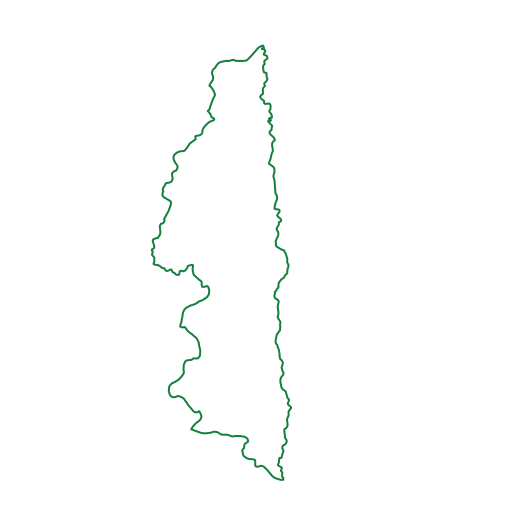 the district of Habero, Anseba, Eritrea, rotated 204°
{"feature_id": "51966322B17309874943213", "entity_name": "Habero", "entity_type": "district", "adm_level": 2, "iso_a3": "ERI", "parent_name": "Eritrea", "parent_adm1": "Anseba", "projection": "albers", "projection_center": [38.311, 16.295], "detail": "fine", "context": "isolated", "style": "outline", "palette": "green", "viewbox_px": 512, "rotation_deg": 204, "n_neighbors": 0, "source": "geoboundaries", "source_scale": "gbopen_adm2", "svg_char_len": 6073}
<svg xmlns="http://www.w3.org/2000/svg" viewBox="0 0 512 512"><g transform="rotate(204 256 256)"><path d="M337.4,206.9L334.7,207.5L332.9,206.1L331.5,205.9L329.8,207.3L328.6,208.9L327.9,209.2L325.5,207.3L323.3,207.3L321.8,206.5L320.5,206.6L319.5,207.1L318.8,207.6L318.7,208.5L319.4,210.7L319.1,211.6L318.6,212.0L316.3,212.4L315.3,213.3L314.6,214.4L314.1,216.6L314.0,219.4L311.2,221.7L310.0,222.0L309.5,221.5L308.9,218.9L307.7,216.6L305.1,213.4L298.6,211.3L295.8,210.7L295.1,210.1L293.5,206.9L292.5,206.0L290.3,207.0L288.8,208.4L288.2,208.7L287.0,208.3L284.9,205.9L283.5,202.0L283.9,198.7L286.9,193.9L290.1,190.8L290.2,190.1L292.1,187.3L295.8,184.0L298.0,181.1L298.4,180.9L299.6,178.0L299.7,176.0L299.6,174.1L298.3,169.6L297.9,167.4L297.4,166.4L297.0,162.0L296.6,160.8L294.6,160.6L292.4,162.0L291.8,162.0L290.2,161.2L289.0,160.2L286.3,159.2L282.1,158.4L279.5,157.4L277.4,157.0L276.5,156.4L273.2,153.8L271.0,150.2L269.3,148.3L268.2,146.4L266.7,142.2L266.7,141.1L267.5,138.9L269.3,137.8L271.4,137.2L272.7,134.9L276.6,132.6L277.7,131.0L277.7,127.2L276.2,123.2L274.4,120.1L274.4,118.7L275.0,115.5L276.4,111.6L278.6,108.2L281.1,105.4L282.1,102.2L282.0,100.8L280.7,97.0L278.1,94.0L276.2,93.1L274.5,93.2L272.5,94.2L270.4,96.4L266.8,96.8L263.7,96.3L261.9,95.0L260.4,94.3L257.2,92.2L249.6,88.6L247.1,88.7L245.6,89.8L245.2,90.9L244.6,90.9L243.4,90.2L241.0,87.9L240.5,87.0L240.2,85.1L240.7,82.6L242.7,79.2L243.5,77.0L244.2,74.8L244.7,71.5L244.5,71.3L233.8,72.1L230.3,73.3L228.2,74.5L225.3,76.3L222.7,78.6L219.5,79.4L215.6,78.8L214.6,78.9L209.1,81.2L205.1,81.3L202.9,82.2L201.3,83.4L196.7,85.2L193.1,86.2L191.9,86.2L189.5,85.6L187.9,83.7L188.0,82.5L189.4,80.7L189.9,79.2L188.8,75.7L189.3,74.6L189.4,72.6L186.7,68.9L185.6,68.2L182.8,67.6L180.1,67.6L176.9,68.8L174.2,69.3L173.8,69.1L173.0,67.7L171.6,64.5L170.4,63.7L169.0,64.0L165.9,66.5L163.5,66.8L158.0,64.8L152.2,61.8L149.6,61.1L146.8,61.0L142.1,61.6L140.1,62.8L140.8,64.3L142.0,64.9L143.1,66.3L143.4,67.7L144.1,69.1L145.4,69.5L145.9,70.1L146.1,72.9L147.6,73.5L150.3,73.6L151.0,74.1L151.2,76.8L152.4,80.7L152.3,81.1L151.0,81.7L150.7,82.1L151.4,86.3L151.5,88.5L152.0,89.7L153.9,91.2L154.3,92.3L154.2,93.9L153.2,95.0L152.4,96.7L152.5,99.2L153.5,100.4L155.3,101.5L159.4,108.4L159.5,109.8L158.8,110.5L158.3,111.6L158.1,113.0L158.5,114.8L160.8,118.5L161.4,120.2L161.3,123.5L162.8,126.6L162.9,127.9L162.1,131.2L162.2,131.7L162.5,132.1L166.5,133.5L167.1,134.8L167.0,137.0L167.4,138.1L168.0,138.6L169.3,139.0L173.6,144.1L174.7,144.6L177.1,145.0L178.9,146.0L179.8,146.9L180.7,148.6L182.4,150.5L183.5,153.2L183.7,155.3L182.8,159.1L183.6,160.7L184.9,161.7L187.3,164.6L187.6,167.9L188.1,169.6L189.6,170.9L192.4,172.1L194.2,174.9L194.5,176.0L196.9,179.4L198.5,181.2L199.4,181.8L200.2,183.3L202.0,184.1L203.2,185.4L204.0,187.8L205.0,192.7L203.9,198.1L205.2,201.6L206.1,202.9L206.6,205.3L207.8,206.4L211.2,208.6L212.1,212.6L213.0,214.4L215.2,217.8L216.0,219.8L216.5,223.0L217.1,224.1L218.3,224.8L221.5,225.3L223.1,227.1L223.4,229.4L224.1,231.0L223.5,232.4L223.5,234.1L222.7,236.2L223.1,236.6L223.3,237.8L224.3,240.5L223.5,244.5L221.7,247.7L221.6,250.1L220.5,252.8L221.9,257.0L222.0,259.0L222.6,260.9L225.0,263.0L226.3,266.2L230.1,270.5L231.8,271.6L232.3,272.2L232.7,272.5L235.5,272.3L240.4,272.9L241.5,273.2L242.2,274.0L244.1,277.8L244.2,281.3L243.9,282.6L244.1,284.1L245.5,287.0L247.3,288.0L248.3,289.4L247.9,294.0L248.6,295.5L248.7,296.4L247.3,297.9L247.3,298.5L248.9,300.1L252.0,300.9L253.1,301.5L253.2,303.3L252.5,305.6L253.0,307.2L254.1,307.7L257.4,306.7L258.2,306.7L258.5,307.0L259.7,311.6L259.9,316.8L261.4,319.6L263.7,321.2L269.6,332.2L272.3,335.5L273.0,337.5L273.1,339.9L275.0,343.6L276.7,344.6L281.6,345.6L282.1,347.0L282.2,350.5L283.3,355.6L283.3,358.6L283.6,359.5L286.5,363.9L287.1,365.7L287.0,367.1L286.1,368.9L286.0,369.7L286.7,370.5L288.2,371.6L292.4,373.0L293.8,374.1L294.0,375.6L293.1,377.5L293.9,379.8L293.9,381.2L294.6,381.7L298.4,383.2L299.7,384.1L299.7,384.7L298.0,385.1L297.6,385.6L297.6,386.0L298.0,386.4L299.6,386.5L299.9,386.9L299.3,387.9L297.9,388.6L297.9,389.4L299.5,391.7L302.1,393.1L302.8,393.8L302.6,396.2L303.9,399.5L305.2,400.5L306.1,400.6L309.4,398.7L310.3,398.7L310.9,399.1L311.9,401.1L314.9,401.7L317.0,403.1L316.9,404.6L315.7,406.9L315.8,407.6L317.2,410.0L317.7,411.9L317.5,413.6L316.9,414.9L318.4,416.5L318.7,417.2L317.5,420.2L317.6,422.4L319.8,424.9L320.4,426.7L320.9,427.4L321.6,427.5L322.7,427.0L323.4,427.1L324.6,428.3L326.9,432.5L326.3,434.3L326.3,435.2L327.3,436.4L327.6,437.5L327.2,438.7L326.0,440.8L326.1,441.6L327.7,443.2L330.9,443.3L331.1,445.3L330.7,446.0L330.8,446.8L331.6,447.8L332.6,448.1L334.6,447.5L334.8,448.0L333.5,449.5L335.0,451.0L335.9,450.6L337.8,448.4L338.8,446.4L341.6,437.2L343.7,431.6L344.4,430.6L347.8,428.6L354.0,426.0L356.3,426.1L360.1,423.2L363.2,421.8L367.1,418.9L368.7,417.0L369.6,414.2L369.8,411.5L370.8,409.6L371.2,407.2L370.4,404.8L368.3,402.6L367.5,401.0L367.1,398.9L367.8,395.5L367.9,392.9L367.4,392.3L366.5,392.4L364.3,391.3L362.1,389.7L359.4,387.2L358.9,386.1L359.1,381.5L358.7,374.9L358.2,371.2L359.0,368.9L355.5,367.2L353.1,364.8L350.5,364.6L349.9,364.2L349.7,363.5L350.1,362.6L352.8,359.9L353.8,358.4L355.6,353.5L355.9,352.4L356.1,349.6L355.2,346.4L355.3,345.5L356.0,344.1L356.7,343.3L359.3,341.5L360.1,340.6L359.7,339.7L358.9,338.7L358.8,337.8L362.3,331.8L363.1,326.4L364.0,323.4L364.8,322.4L367.2,321.2L369.6,319.2L371.4,316.3L371.9,314.4L371.6,312.9L370.4,310.5L367.4,308.2L364.5,306.5L364.1,306.0L363.5,303.9L363.7,301.8L365.7,299.5L366.3,297.6L365.9,296.3L363.5,292.7L363.4,289.8L364.7,288.0L367.6,286.2L368.1,285.0L368.0,282.9L368.5,280.4L368.1,278.6L367.1,277.5L366.7,274.3L365.5,272.8L363.4,272.1L357.1,271.4L356.1,271.1L355.4,270.4L354.7,268.0L354.2,261.5L355.0,252.5L353.8,250.9L353.8,249.7L354.3,248.1L355.9,246.7L356.1,244.8L355.7,243.5L352.8,238.5L352.4,236.4L353.0,232.7L355.5,230.7L356.4,229.6L356.7,228.3L355.2,226.1L353.5,224.4L352.5,222.5L352.6,221.1L353.6,219.9L353.5,218.8L352.0,217.8L351.5,214.7L348.4,213.4L346.7,209.8L346.5,207.5L346.3,207.1L344.9,206.9L341.7,207.9L338.1,207.4L337.4,206.9Z" fill="none" stroke="#15803d" stroke-width="2"/></g></svg>